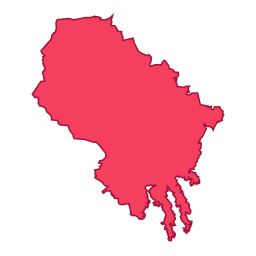 Sandefjord nor, Vestfold, Norway
{"feature_id": "86288312B12201330718372", "entity_name": "Sandefjord nor", "entity_type": "district", "adm_level": 2, "iso_a3": "NOR", "parent_name": "Norway", "parent_adm1": "Vestfold", "projection": "robinson", "projection_center": [10.23, 59.215], "detail": "fine", "context": "isolated", "style": "filled", "palette": "rose", "viewbox_px": 256, "rotation_deg": 0, "n_neighbors": 0, "source": "geoboundaries", "source_scale": "gbopen_adm2", "svg_char_len": 5961}
<svg xmlns="http://www.w3.org/2000/svg" viewBox="0 0 256 256"><path d="M136.6,216.1L139.8,219.3L140.7,218.5L142.0,219.3L143.8,218.4L145.1,216.0L143.3,216.3L145.1,214.0L142.3,212.8L143.8,212.6L143.7,210.4L145.4,208.7L145.7,206.5L147.5,207.8L148.5,205.6L147.5,203.5L146.2,203.0L148.1,203.2L148.1,202.6L148.3,202.0L148.7,203.4L150.0,202.1L149.7,200.5L148.3,200.6L147.9,198.2L147.0,197.3L147.8,196.6L147.5,194.7L146.4,193.2L147.2,190.7L145.3,188.2L145.3,186.8L147.0,185.2L148.9,185.9L150.9,184.7L152.3,185.8L155.0,185.0L155.7,185.5L151.5,187.7L148.7,191.1L148.6,192.3L148.9,191.4L149.1,192.4L149.8,192.4L149.6,193.2L150.8,194.5L150.6,196.0L152.8,198.8L155.3,200.2L155.2,201.2L153.1,203.1L153.9,203.5L154.2,205.4L156.2,205.7L156.8,204.9L156.0,203.1L158.2,201.5L158.9,201.8L157.9,205.6L158.4,206.5L160.2,205.5L159.7,203.9L161.9,203.8L162.4,205.7L162.0,206.4L162.5,206.3L161.9,207.3L162.8,208.5L162.4,209.4L165.3,212.9L166.0,215.5L165.2,216.5L165.8,217.7L164.4,218.6L164.4,220.9L162.2,222.9L161.5,222.5L161.1,223.5L162.2,224.2L163.1,224.3L163.3,223.5L164.6,223.8L166.0,225.6L164.9,226.8L164.6,229.1L167.0,228.9L166.3,230.5L167.2,231.2L167.2,233.1L168.3,233.7L167.8,234.9L169.6,237.6L168.5,237.5L168.8,238.8L168.2,238.9L169.1,240.6L171.3,240.6L171.9,237.2L173.1,237.1L171.9,235.5L174.1,237.2L173.6,235.1L175.0,235.8L175.3,234.1L174.7,233.0L173.5,232.8L174.0,232.5L173.7,231.6L173.7,232.3L172.9,232.0L173.2,231.2L172.3,230.7L172.0,228.1L169.6,224.3L170.7,223.3L172.4,225.5L173.1,225.4L172.9,225.9L175.4,225.2L173.3,221.8L175.1,219.5L175.3,217.8L174.0,215.9L175.1,215.0L174.5,213.6L173.0,213.4L173.2,211.4L172.4,211.4L171.2,209.8L170.7,207.8L171.9,206.6L171.2,204.1L165.2,196.5L167.3,196.1L165.9,193.0L166.6,190.9L167.7,191.2L168.4,190.6L167.3,188.7L168.1,187.7L167.1,186.4L167.6,186.5L167.5,185.9L170.7,191.0L172.5,191.6L173.0,193.3L175.0,192.5L172.9,194.4L176.2,198.6L175.8,200.9L175.1,201.5L176.4,203.4L175.9,204.9L176.3,206.3L177.2,207.0L177.6,206.5L177.9,207.2L177.5,206.1L178.2,205.4L179.3,205.3L179.3,206.3L179.8,205.4L180.3,205.5L180.0,206.2L180.9,207.7L180.9,209.4L180.1,209.2L179.6,210.4L180.6,212.8L181.5,213.2L181.4,215.0L180.4,216.3L180.8,218.6L183.5,222.6L185.0,223.5L184.8,224.1L186.0,224.1L185.8,227.3L185.2,228.2L183.6,228.2L184.4,228.8L184.1,229.5L184.6,230.5L183.9,230.8L186.5,233.2L187.2,231.7L186.3,229.7L187.2,229.6L187.4,230.7L188.1,230.5L187.9,231.2L188.4,230.8L188.5,231.5L189.0,231.1L189.8,229.3L189.4,227.9L190.2,227.3L188.7,224.4L189.5,224.2L190.8,225.4L190.7,223.9L191.2,224.1L190.6,222.2L191.7,223.0L191.9,221.5L188.0,220.7L186.3,215.8L185.0,214.5L186.5,213.4L185.7,212.2L186.1,211.8L188.4,214.1L190.0,213.6L190.6,212.5L190.8,210.6L189.1,207.8L189.3,204.7L188.6,203.2L186.1,202.0L186.7,201.8L186.7,199.6L184.1,196.4L183.2,194.9L183.6,194.2L180.8,192.3L181.4,191.5L182.7,191.8L181.8,190.2L180.3,190.0L180.1,188.3L181.0,187.9L180.3,185.9L178.5,184.6L175.6,186.1L178.0,183.5L176.6,181.4L177.1,180.2L175.6,179.2L175.0,177.8L178.2,175.8L179.1,177.4L180.2,176.4L182.2,177.1L182.6,178.0L184.3,177.1L184.9,178.1L184.4,179.7L186.6,180.5L188.6,179.4L188.4,176.3L189.4,179.8L191.3,178.7L192.0,179.1L189.9,182.8L190.7,185.6L191.3,185.7L191.3,184.8L192.7,185.1L192.3,184.0L193.6,183.7L193.8,181.9L195.1,184.0L196.8,182.8L196.4,183.7L197.0,184.3L197.6,182.9L199.4,183.3L199.7,182.5L198.9,180.8L199.6,180.6L198.3,177.4L198.6,176.6L197.1,176.1L195.4,173.6L195.7,172.8L193.4,172.7L191.9,171.3L190.5,171.5L189.2,172.9L188.6,172.0L189.3,170.2L190.5,170.1L190.5,168.9L194.0,169.3L193.6,167.4L195.7,165.8L195.8,162.8L197.3,161.7L197.2,159.3L198.9,157.7L198.7,156.0L200.7,154.3L201.1,152.0L199.2,150.2L200.7,148.5L201.3,144.1L200.7,142.4L198.4,143.2L200.4,139.4L200.4,138.1L202.2,137.1L206.3,128.8L203.7,124.8L204.6,123.8L206.7,126.3L210.2,126.7L212.0,127.8L213.3,130.0L214.2,127.0L216.9,122.9L216.9,121.8L218.2,121.3L218.5,122.1L222.4,120.2L221.8,119.0L223.7,114.6L222.7,113.9L223.1,111.4L220.1,108.5L219.9,106.9L214.5,106.8L213.8,108.9L212.4,109.9L211.1,108.4L211.4,106.3L208.1,107.3L208.3,106.1L200.3,104.7L197.6,93.0L191.6,93.2L190.3,94.7L186.8,94.7L187.0,91.8L189.2,92.3L188.2,89.0L188.5,87.2L189.4,86.2L185.9,86.3L184.2,87.3L177.3,86.6L176.7,83.3L175.6,82.1L176.6,80.9L175.6,80.5L176.4,79.6L175.5,79.4L176.4,78.5L174.1,78.0L177.6,76.9L178.6,74.9L178.2,72.4L175.4,72.2L173.6,71.5L173.7,70.4L172.1,69.4L169.2,68.7L168.5,65.5L165.1,60.6L163.8,60.6L162.0,62.7L161.5,64.9L156.1,64.6L150.3,66.2L149.6,64.4L150.8,62.1L151.4,58.2L151.1,57.0L148.9,54.6L148.1,55.4L145.6,55.0L141.5,53.4L138.3,51.0L133.9,42.3L133.7,40.0L132.7,39.2L133.0,38.2L123.0,40.5L122.8,36.6L121.5,33.8L121.8,31.8L117.3,31.0L117.4,29.8L115.0,25.9L111.6,25.5L111.2,24.3L111.9,21.8L111.1,20.7L112.6,15.4L110.0,17.9L105.5,19.9L100.7,19.8L100.0,19.2L100.9,17.9L97.8,16.7L95.6,17.2L95.8,16.7L94.5,16.2L90.5,17.6L86.1,17.5L73.5,19.8L68.9,18.5L57.2,19.7L56.0,22.5L56.4,28.7L54.8,32.8L53.6,32.9L53.7,33.5L51.9,35.2L51.5,38.2L50.4,40.1L41.0,50.8L41.8,53.0L44.8,55.7L42.8,56.7L43.4,58.1L42.5,60.2L43.6,62.5L42.9,63.5L45.3,69.1L43.9,70.5L44.1,71.1L42.7,71.9L42.5,73.1L44.0,76.7L43.7,77.6L44.7,81.1L40.8,81.5L32.3,94.2L35.0,97.7L37.7,97.2L38.8,101.1L38.2,103.2L40.0,106.1L41.5,105.9L45.5,108.2L46.7,111.7L51.2,115.8L51.6,119.9L57.4,120.4L58.6,123.8L60.1,124.9L68.1,125.6L69.5,130.0L73.4,135.2L73.3,136.8L74.2,138.6L84.5,139.4L94.1,142.4L96.0,142.0L99.4,145.2L105.7,153.4L105.9,157.2L102.8,160.2L99.5,160.9L98.8,163.1L102.1,163.6L101.4,165.3L99.6,166.4L100.7,167.0L99.5,168.8L94.7,170.1L95.5,172.1L95.0,173.4L95.5,175.3L96.4,175.3L96.4,176.3L95.1,176.9L95.1,177.9L101.6,181.7L104.7,185.4L108.1,186.5L102.2,191.7L102.6,192.6L103.4,193.2L106.9,190.8L109.9,191.0L112.1,193.9L111.3,194.2L112.0,195.3L112.9,196.1L113.0,196.0L111.7,194.5L113.8,195.6L114.8,197.7L113.5,197.6L115.4,198.6L118.0,198.1L118.6,203.2L119.7,204.2L122.5,204.7L128.6,203.5L129.3,204.3L128.9,204.5L130.5,210.1L130.6,212.5L131.3,213.4L130.3,214.3L132.7,215.8L134.5,215.3L136.6,216.1Z" fill="#f43f5e" stroke="#9f1239" stroke-width="1.5"/></svg>